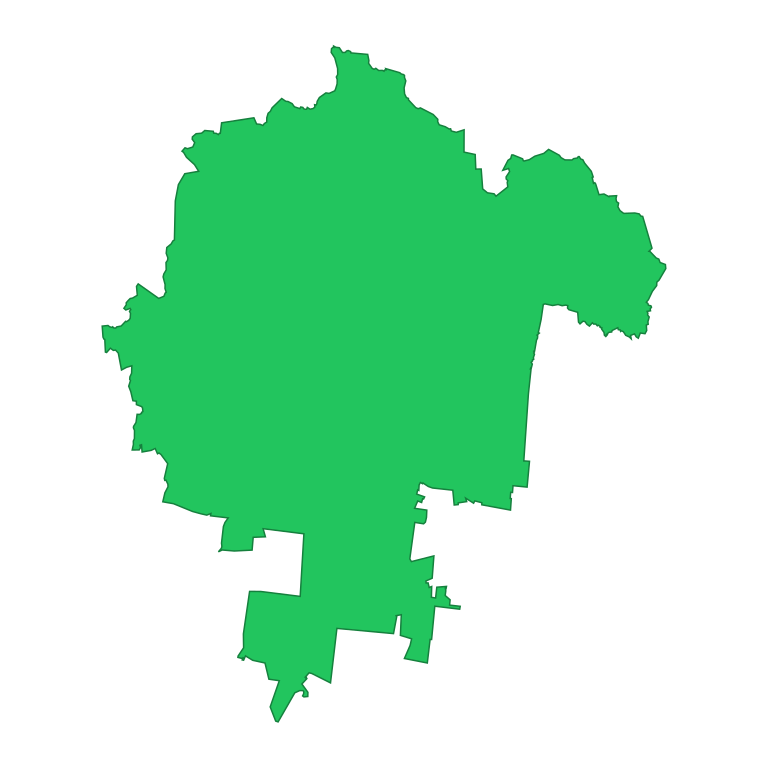 the district of León, Guanajuato, Mexico
{"feature_id": "50627088B58691322085739", "entity_name": "León", "entity_type": "district", "adm_level": 2, "iso_a3": "MEX", "parent_name": "Mexico", "parent_adm1": "Guanajuato", "projection": "natural_earth1", "projection_center": [-101.574, 21.097], "detail": "fine", "context": "isolated", "style": "filled", "palette": "green", "viewbox_px": 768, "rotation_deg": 0, "n_neighbors": 0, "source": "geoboundaries", "source_scale": "gbopen_adm2", "svg_char_len": 6084}
<svg xmlns="http://www.w3.org/2000/svg" viewBox="0 0 768 768"><path d="M160.9,454.4L167.7,463.6L164.3,478.4L164.8,480.4L166.0,480.2L167.9,484.2L168.0,486.8L164.9,492.8L162.8,501.8L173.5,503.7L192.6,511.5L201.0,513.8L206.8,515.1L210.9,513.5L210.5,515.8L228.2,517.9L225.0,522.4L223.4,526.5L221.5,543.2L221.9,546.3L221.4,548.3L218.4,551.8L222.2,550.0L234.3,551.0L252.1,550.1L253.2,537.3L265.4,536.8L263.1,528.7L303.9,533.8L300.2,596.4L260.9,591.5L249.6,591.4L243.4,633.9L243.6,647.8L238.1,656.0L237.9,657.4L242.6,658.6L243.3,657.0L242.2,659.9L243.6,660.2L245.5,655.9L252.7,660.3L265.0,663.0L268.9,679.2L279.3,680.7L270.2,706.9L275.7,721.1L278.1,721.9L294.8,692.8L299.7,690.6L303.0,690.6L303.8,691.8L303.6,693.9L302.6,695.9L303.9,696.9L307.8,696.5L307.9,692.3L301.9,684.0L306.7,678.8L306.0,678.6L306.4,677.4L305.3,677.1L309.1,672.8L311.8,673.5L330.5,682.9L336.9,628.4L393.5,633.6L396.9,615.6L395.3,615.8L401.3,614.7L400.4,635.4L411.6,638.8L410.1,645.4L404.4,658.5L427.3,663.0L430.1,639.4L431.6,639.5L434.8,606.2L459.7,609.2L460.2,606.3L449.6,605.1L450.1,599.8L445.2,595.5L445.8,590.8L445.3,587.9L446.1,588.4L446.5,586.4L436.8,587.2L435.6,598.0L431.4,597.3L431.7,586.5L429.2,587.5L428.1,582.9L426.1,583.0L425.9,581.0L432.2,578.2L433.9,555.9L411.4,561.6L409.8,558.9L414.8,522.4L423.6,523.8L425.4,522.1L426.5,517.3L426.8,510.1L414.6,508.3L417.7,501.0L421.6,502.5L422.6,498.7L423.6,499.0L424.6,496.9L416.7,494.1L417.7,489.8L418.8,490.4L419.1,484.9L420.4,482.5L422.6,483.7L423.0,483.0L428.3,486.5L432.5,488.0L452.8,490.2L454.2,505.0L458.2,504.6L458.2,502.9L466.7,501.6L465.6,498.1L473.6,503.2L474.8,500.9L481.8,502.7L481.8,504.8L510.5,510.1L511.3,498.6L510.2,498.5L510.7,492.3L512.5,492.5L513.0,485.7L527.1,487.1L529.5,461.3L523.8,460.9L528.4,394.0L531.0,369.5L530.3,369.1L530.7,368.2L531.1,368.9L532.3,364.1L531.2,362.3L532.6,360.8L532.5,359.8L533.7,359.3L533.4,357.6L534.5,354.2L533.7,353.0L534.5,351.9L533.8,351.2L534.7,350.6L536.5,340.1L537.5,338.2L537.7,335.7L537.0,335.1L539.3,333.1L538.3,332.5L541.1,319.5L543.3,304.4L545.1,303.9L552.6,305.5L558.1,304.5L562.1,305.7L565.7,305.1L567.8,305.6L567.5,308.0L568.9,309.7L577.7,312.3L578.5,322.1L580.0,323.9L583.0,321.2L585.0,321.6L586.8,324.2L589.4,326.1L592.4,322.8L593.7,324.1L595.8,324.0L597.3,325.8L598.3,325.2L600.3,326.5L600.0,327.1L601.1,327.9L601.8,327.8L601.7,329.2L604.0,332.4L604.4,335.2L605.8,336.5L607.3,334.8L606.5,334.4L609.1,332.3L611.7,332.0L612.1,330.5L617.8,327.7L618.3,329.7L620.1,329.8L620.6,331.4L621.3,330.8L623.4,331.7L625.7,335.3L629.4,337.0L631.2,338.8L630.6,335.4L634.5,333.9L636.2,336.8L638.3,338.2L640.3,333.0L645.0,333.7L646.7,330.5L646.3,325.0L648.2,324.3L647.9,321.8L649.2,317.0L647.6,315.0L647.9,313.3L647.1,311.4L650.5,310.8L650.2,308.9L651.5,307.2L650.9,305.8L648.4,305.2L647.9,303.5L646.3,302.2L648.4,299.7L652.4,291.3L656.7,285.6L656.8,282.2L659.0,280.2L665.8,268.6L665.4,264.5L660.1,262.5L658.8,259.1L656.2,258.0L650.0,251.5L649.0,251.3L652.0,248.2L642.7,216.4L640.9,216.1L639.2,213.9L634.8,213.0L623.7,213.4L620.0,210.6L617.9,206.8L618.6,203.1L616.5,201.6L616.0,198.7L616.6,195.7L609.3,196.1L609.0,196.7L604.0,194.0L599.0,194.7L595.7,184.0L594.8,182.7L593.5,183.4L592.2,177.4L593.2,177.0L591.3,171.3L584.6,163.1L582.8,159.7L580.7,159.0L579.2,156.6L578.3,156.6L577.3,158.0L573.7,158.6L571.9,160.0L564.9,159.9L561.0,157.6L559.4,155.3L548.6,149.4L543.8,153.4L534.8,156.2L529.3,159.7L524.1,161.0L523.3,160.7L522.6,158.8L513.0,154.9L511.7,155.0L510.7,158.5L508.0,160.3L502.8,170.3L508.6,168.5L509.6,171.6L506.1,176.9L506.2,179.0L507.8,180.6L507.2,182.5L507.8,186.9L496.0,196.2L494.1,193.8L487.4,192.8L482.7,188.9L481.2,169.0L475.8,169.1L475.2,154.5L464.0,152.1L464.1,129.8L456.3,132.3L451.3,131.0L450.6,128.8L449.2,129.0L445.2,126.7L439.2,124.8L437.7,121.8L437.8,119.3L433.2,114.5L420.4,107.9L418.2,108.7L415.8,107.7L408.5,99.9L408.4,98.4L406.4,97.6L404.6,93.9L404.1,87.9L405.8,80.9L404.5,77.5L404.5,75.4L403.6,74.6L401.3,74.0L399.8,72.7L385.7,68.6L386.1,69.8L384.5,70.1L384.0,71.2L382.4,70.4L378.7,70.5L375.8,68.3L374.1,69.3L372.1,68.3L368.6,63.3L368.9,60.5L367.7,54.4L350.9,52.9L350.6,51.6L348.2,50.5L346.5,51.0L345.4,52.4L342.5,52.5L339.3,47.7L335.9,47.3L333.7,46.1L333.9,47.4L333.1,47.2L331.5,48.7L331.2,52.4L334.8,57.9L337.6,68.5L337.7,74.6L336.3,77.0L337.2,79.5L337.1,83.9L335.7,88.6L334.8,90.8L329.1,93.4L325.9,92.9L319.4,97.5L317.2,101.3L316.8,103.8L316.1,105.0L314.6,104.7L314.9,107.0L313.2,108.5L310.1,109.2L307.3,107.4L306.6,109.2L305.4,109.3L304.1,109.0L302.8,107.4L300.7,107.0L299.8,108.6L294.4,106.8L292.1,103.6L288.0,101.5L285.8,101.3L281.7,98.5L272.1,107.8L270.3,111.4L268.1,113.3L266.8,117.7L266.7,122.1L264.4,123.5L262.9,125.5L260.1,124.3L256.6,124.0L253.9,117.8L221.6,122.8L220.3,133.3L219.4,133.3L218.3,134.6L216.4,133.4L213.7,133.1L213.3,131.3L204.8,130.5L201.6,133.2L196.1,133.7L192.4,136.9L192.2,139.2L194.7,142.6L192.8,147.0L187.5,148.7L185.0,147.8L182.0,151.2L183.6,152.4L186.5,157.3L194.5,164.6L198.7,171.3L184.8,173.7L178.4,184.6L175.3,200.9L174.4,240.0L172.9,240.9L171.2,243.9L166.8,247.5L166.2,253.3L167.9,257.9L167.5,260.4L166.0,262.5L166.2,269.9L163.8,274.0L163.1,276.9L165.1,284.6L165.0,288.5L166.2,292.3L165.2,293.0L163.9,296.3L158.7,298.4L138.2,283.9L136.5,286.4L137.3,295.3L132.5,298.1L130.2,298.5L128.2,300.5L126.2,302.8L126.3,304.8L123.9,308.3L125.8,310.0L130.1,308.4L130.8,309.7L129.5,311.3L130.5,313.3L130.2,318.4L128.7,320.3L126.5,321.7L125.6,321.3L121.2,326.0L116.7,326.9L115.7,328.1L113.7,327.9L112.7,326.8L112.1,327.4L109.7,326.8L108.0,325.5L102.2,326.1L103.0,337.1L103.9,339.1L104.8,339.4L105.4,352.1L106.6,352.5L110.4,348.2L113.3,350.4L115.6,350.1L118.3,353.1L121.5,370.0L126.6,367.3L131.8,365.8L131.6,373.2L129.9,376.9L129.7,379.4L130.5,380.5L128.7,386.2L130.8,391.7L132.9,400.7L136.4,401.2L136.4,404.6L141.7,406.6L142.5,408.0L142.9,411.6L141.5,412.4L141.5,413.4L139.6,414.4L137.1,414.3L136.0,422.5L133.6,426.3L133.4,427.8L134.5,430.4L134.4,438.7L133.3,441.1L133.4,444.5L132.2,450.0L139.2,449.9L140.6,447.5L139.9,445.3L141.5,444.7L142.1,452.0L151.1,450.4L155.2,448.5L157.5,453.8L159.0,453.0L160.9,454.4Z" fill="#22c55e" stroke="#15803d" stroke-width="1.5"/></svg>